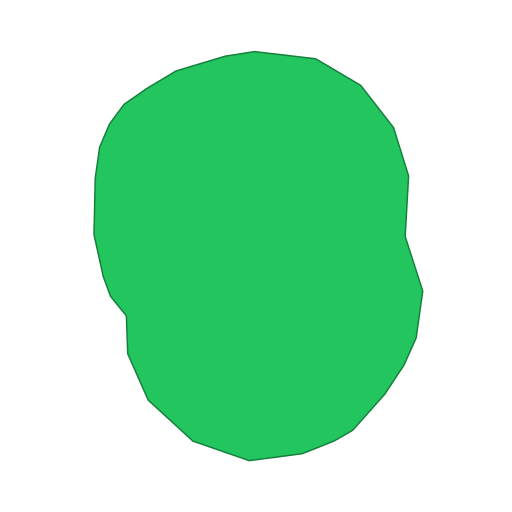 Baraka, Sud-Kivu, Democratic Republic of the Congo (Natural Earth projection), rotated 278°
{"feature_id": "63176286B52252759567832", "entity_name": "Baraka", "entity_type": "district", "adm_level": 2, "iso_a3": "COD", "parent_name": "Democratic Republic of the Congo", "parent_adm1": "Sud-Kivu", "projection": "natural_earth1", "projection_center": [29.091, -4.09], "detail": "fine", "context": "isolated", "style": "filled", "palette": "green", "viewbox_px": 512, "rotation_deg": 278, "n_neighbors": 0, "source": "geoboundaries", "source_scale": "gbopen_adm2", "svg_char_len": 509}
<svg xmlns="http://www.w3.org/2000/svg" viewBox="0 0 512 512"><g transform="rotate(278 256 256)"><path d="M178.6,136.0L141.3,142.6L98.3,169.3L63.9,219.3L52.4,277.7L66.7,329.4L83.9,359.4L96.9,376.0L137.0,402.7L168.5,417.7L197.2,426.0L244.5,426.0L296.1,401.0L356.4,396.0L402.2,374.4L439.5,336.0L459.6,287.7L458.2,226.0L449.6,197.7L428.1,151.0L406.5,124.3L387.9,104.3L366.4,92.6L342.0,86.0L310.5,86.0L254.6,92.6L214.4,107.6L195.8,117.6L178.6,136.0Z" fill="#22c55e" stroke="#15803d" stroke-width="1.5"/></g></svg>